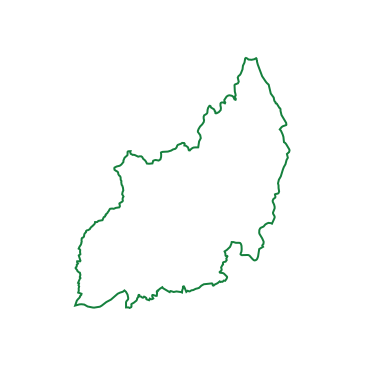 Thanh Chuong, Nghệ An, Vietnam, rotated 111°
{"feature_id": "81297802B92574261409002", "entity_name": "Thanh Chuong", "entity_type": "district", "adm_level": 2, "iso_a3": "VNM", "parent_name": "Vietnam", "parent_adm1": "Nghệ An", "projection": "orthographic", "projection_center": [105.28, 18.735], "detail": "fine", "context": "isolated", "style": "outline", "palette": "green", "viewbox_px": 384, "rotation_deg": 111, "n_neighbors": 0, "source": "geoboundaries", "source_scale": "gbopen_adm2", "svg_char_len": 6095}
<svg xmlns="http://www.w3.org/2000/svg" viewBox="0 0 384 384"><g transform="rotate(111 192 192)"><path d="M46.0,178.4L45.5,179.0L44.4,179.5L44.1,180.1L45.7,181.4L47.2,183.7L48.1,186.8L47.6,188.2L47.5,189.7L48.3,190.2L52.3,189.4L55.8,189.7L59.4,188.8L64.0,188.9L65.5,189.2L67.0,190.1L68.8,190.3L72.3,187.9L74.1,188.1L76.1,190.3L77.0,190.6L82.9,188.0L85.3,186.3L86.4,185.8L87.6,186.3L88.0,186.1L88.7,185.6L88.9,184.9L89.5,184.4L90.3,184.4L90.3,185.5L88.5,187.4L88.0,188.4L87.9,189.5L88.3,191.7L88.9,192.7L90.5,193.9L94.5,194.8L95.6,194.2L96.6,193.0L97.4,193.0L97.5,193.6L97.1,194.5L97.5,195.7L97.8,196.4L98.5,197.0L99.3,197.1L101.4,196.3L102.3,195.6L103.5,195.0L105.3,194.6L107.8,195.6L109.4,197.0L110.0,197.8L109.9,198.5L108.5,199.1L108.4,199.7L107.8,200.1L106.9,201.2L106.3,204.5L105.2,205.5L105.1,206.3L105.3,206.6L107.7,207.1L109.7,206.9L112.5,206.1L113.3,206.2L114.7,207.0L116.0,208.1L116.8,208.1L117.6,208.1L119.5,207.3L120.5,206.5L122.5,206.1L125.2,206.7L127.9,207.9L130.7,208.4L132.9,208.4L133.8,208.0L136.0,204.7L138.6,203.1L142.2,203.5L148.1,202.2L149.7,206.1L150.7,207.3L152.9,208.6L153.9,208.9L154.2,209.6L153.9,210.2L152.9,210.8L151.7,211.9L151.0,214.3L151.3,215.8L149.5,216.2L149.1,216.9L149.7,218.8L150.7,219.4L153.1,222.1L153.9,222.4L156.1,222.4L157.6,223.0L159.1,225.0L160.8,226.3L162.9,229.0L165.1,233.9L166.0,235.0L166.4,235.1L168.1,234.2L170.4,233.4L172.9,233.2L174.6,234.4L175.1,237.3L175.7,238.3L176.7,239.4L179.5,239.2L181.0,242.2L181.6,244.3L180.1,245.9L179.3,247.2L178.5,249.5L177.2,251.0L176.9,252.2L177.5,253.8L178.3,254.9L178.0,258.4L178.1,259.6L178.6,260.6L178.3,262.9L177.1,263.9L175.9,264.0L176.9,266.2L177.8,266.5L179.5,265.8L180.9,265.5L184.1,267.2L187.1,267.3L188.6,266.8L191.7,267.8L193.4,268.9L195.2,271.5L197.0,273.1L197.8,273.0L199.0,272.3L199.5,270.6L199.5,269.8L200.1,268.1L201.7,267.2L202.7,266.0L203.0,264.9L203.8,264.0L206.2,262.9L207.1,261.8L208.1,261.6L210.4,260.3L211.2,259.2L212.9,257.9L215.2,256.7L216.8,256.8L219.1,256.4L220.8,254.3L222.1,254.5L223.5,254.3L225.0,253.4L225.9,253.6L228.5,255.6L229.0,255.6L230.0,254.8L231.2,254.2L232.4,254.4L234.1,257.4L235.7,259.0L236.1,260.7L237.0,262.4L237.7,262.7L239.5,262.9L241.2,263.4L242.2,263.5L243.7,264.4L244.2,264.5L244.6,264.2L245.3,264.5L246.0,264.4L247.2,265.4L250.4,265.5L252.5,269.0L253.9,269.7L254.3,270.2L254.8,271.7L255.6,271.5L257.1,271.6L259.1,272.6L259.7,272.7L260.3,273.3L262.3,274.0L263.3,274.1L264.8,275.3L265.5,276.4L266.2,276.8L266.7,276.9L267.5,276.6L269.2,277.3L270.0,277.4L272.3,276.9L273.3,277.2L274.2,278.1L274.9,278.3L277.0,277.7L278.0,277.1L278.8,277.2L279.6,276.9L281.1,276.9L283.4,277.4L285.5,277.5L285.7,276.3L286.2,275.6L288.2,275.0L290.1,273.9L290.4,273.9L290.9,274.5L291.8,275.0L296.2,271.5L296.9,271.7L297.6,273.9L297.9,274.4L299.0,273.9L299.7,272.8L301.3,273.5L302.1,273.1L303.2,273.0L304.2,273.5L304.9,273.3L306.2,271.1L306.8,270.7L307.5,269.0L307.5,267.8L308.1,267.3L308.5,267.2L309.0,266.7L309.9,266.4L311.6,266.3L312.3,265.3L313.3,265.6L317.7,265.8L317.8,264.7L319.8,264.5L320.6,263.5L322.5,263.3L324.8,262.3L326.7,262.2L326.6,258.7L327.6,258.5L329.5,259.2L330.1,259.0L331.6,259.4L333.1,260.1L334.8,260.6L339.9,260.4L337.2,256.7L336.4,255.0L335.7,252.2L336.3,248.4L335.4,243.2L335.0,241.9L332.1,236.9L330.5,235.6L325.4,232.5L321.5,229.1L313.6,224.9L311.7,223.1L309.9,220.8L308.1,219.8L308.9,217.8L310.9,215.4L313.9,213.5L315.1,213.2L317.7,214.1L318.8,214.0L323.4,212.2L322.5,210.0L322.6,208.7L321.3,207.5L320.9,207.5L320.1,207.6L318.9,208.3L318.2,208.3L316.3,206.7L313.4,205.0L312.1,204.8L310.9,205.1L309.4,204.5L308.5,204.9L307.2,204.9L307.0,204.4L307.1,204.2L307.9,204.0L308.2,203.4L307.9,202.0L308.3,200.9L308.3,200.0L307.9,199.5L306.9,199.3L306.8,198.7L307.3,196.8L308.3,196.3L308.5,195.7L308.4,193.3L306.7,193.2L306.9,191.9L306.2,190.7L305.3,190.0L304.1,191.4L303.2,192.0L302.3,192.0L302.1,191.5L301.9,188.3L301.5,187.7L298.5,188.5L298.1,189.0L297.3,189.2L296.3,188.8L296.3,188.2L295.5,188.1L294.0,187.4L291.5,185.6L292.2,184.6L293.5,177.1L293.5,176.9L292.5,176.8L292.1,176.4L291.9,173.2L290.4,170.9L289.4,166.5L289.4,165.3L287.4,165.9L285.4,165.9L283.6,166.5L283.1,166.1L283.0,165.8L283.7,164.9L287.3,161.5L285.8,160.7L285.8,159.1L285.6,158.5L284.0,157.3L283.1,155.7L281.1,153.9L279.7,151.9L278.9,151.0L276.1,149.7L273.9,147.9L270.2,140.7L270.3,140.1L271.7,139.1L271.8,138.6L271.5,138.2L270.4,137.7L267.9,135.4L265.5,134.1L265.8,133.1L265.3,132.5L264.9,131.4L264.5,131.1L263.3,130.6L263.0,129.2L260.4,128.6L258.9,128.7L258.5,129.0L256.8,132.8L256.6,134.1L257.3,136.9L257.0,137.4L256.7,137.5L254.8,136.4L253.8,136.5L251.9,137.8L251.1,137.6L249.5,137.5L248.6,137.0L247.2,137.7L246.6,137.7L245.9,137.1L245.0,135.7L243.1,135.2L242.0,136.1L239.3,135.9L239.1,136.3L239.5,136.8L239.6,137.5L239.4,137.9L237.3,138.9L235.8,140.3L233.6,138.7L229.6,136.8L226.2,136.7L224.5,137.0L223.9,135.4L223.7,132.8L222.5,129.7L222.4,128.7L223.1,127.6L224.5,126.5L227.7,125.1L229.8,124.5L232.2,124.5L232.8,124.3L233.0,123.8L233.1,122.9L230.7,117.1L230.7,116.4L230.8,115.5L232.8,111.7L233.5,109.9L233.4,108.9L232.8,108.1L232.0,107.5L231.0,107.2L228.6,107.2L221.2,108.8L217.7,106.0L216.8,107.2L215.8,107.1L215.0,106.7L213.3,107.1L212.6,107.4L210.1,109.9L207.0,113.9L206.1,114.6L203.4,115.5L201.7,115.4L200.7,114.9L198.6,112.8L196.0,111.9L194.4,110.6L193.4,109.5L192.8,107.1L192.9,106.0L187.6,105.7L186.2,105.7L185.1,106.2L183.2,108.5L182.2,109.0L177.7,109.0L176.3,109.5L174.4,110.8L172.2,113.1L171.0,113.6L169.4,113.5L167.4,112.3L166.6,112.4L164.5,113.7L163.7,112.9L162.8,111.4L162.1,110.9L161.1,110.8L160.2,110.9L157.3,112.6L154.8,113.6L153.1,114.8L149.4,115.3L145.6,114.7L138.4,115.2L135.8,115.2L132.6,114.7L128.2,115.2L125.7,114.8L122.5,117.0L120.0,115.7L118.4,115.8L117.4,116.4L113.6,121.2L112.8,122.6L112.5,124.0L107.8,126.4L105.9,127.9L103.0,130.8L102.1,132.5L99.3,131.6L98.1,130.8L95.8,128.1L95.4,128.0L93.7,128.9L88.1,136.0L84.6,138.4L82.9,139.1L82.3,139.8L82.2,140.5L79.2,144.4L79.2,145.6L78.4,146.0L77.8,147.3L76.9,148.1L74.5,149.6L71.9,153.7L64.3,158.9L63.5,161.0L62.6,162.6L58.8,168.0L49.4,176.3L46.9,178.1L46.0,178.4Z" fill="none" stroke="#15803d" stroke-width="2"/></g></svg>